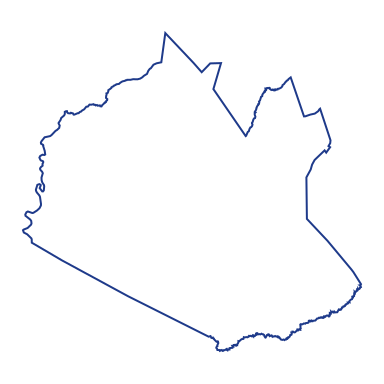 outline of Luanshya, Copperbelt, Zambia
{"feature_id": "96606910B75415616642530", "entity_name": "Luanshya", "entity_type": "district", "adm_level": 2, "iso_a3": "ZMB", "parent_name": "Zambia", "parent_adm1": "Copperbelt", "projection": "natural_earth1", "projection_center": [28.455, -13.074], "detail": "fine", "context": "isolated", "style": "outline", "palette": "blue", "viewbox_px": 384, "rotation_deg": 0, "n_neighbors": 0, "source": "geoboundaries", "source_scale": "gbopen_adm2", "svg_char_len": 5930}
<svg xmlns="http://www.w3.org/2000/svg" viewBox="0 0 384 384"><path d="M55.5,130.9L51.5,135.1L50.1,136.1L44.6,137.3L41.6,141.1L40.9,142.4L41.0,143.7L43.0,144.8L43.3,145.3L43.1,145.8L44.7,150.9L45.2,154.5L44.4,155.0L42.5,154.7L41.2,155.4L40.2,156.0L39.4,157.6L40.3,159.7L41.0,160.5L42.8,161.1L43.2,161.6L43.2,162.5L42.5,163.9L42.6,165.7L40.9,167.1L40.1,168.3L40.1,169.1L40.5,170.0L42.1,171.7L42.8,173.2L41.5,177.6L41.6,180.2L42.3,182.5L44.0,185.1L44.2,186.4L43.8,190.4L43.0,191.4L42.2,191.4L40.3,188.9L39.7,188.1L40.7,185.5L40.6,184.8L39.3,184.1L37.4,184.8L35.9,189.6L36.0,190.7L36.8,192.4L39.4,195.5L40.0,196.9L41.0,204.0L40.9,205.5L39.5,208.2L37.0,210.5L33.4,212.8L32.3,213.0L27.9,211.5L26.5,212.2L25.3,214.5L25.5,215.8L30.2,219.5L31.2,220.9L31.5,223.3L31.1,224.6L27.6,228.0L23.6,229.6L23.0,230.2L23.8,232.5L27.2,234.3L31.4,238.4L31.7,239.3L31.8,242.7L62.0,260.4L128.0,296.2L208.7,336.7L210.5,336.1L211.4,337.9L212.3,338.0L212.9,337.6L213.4,338.5L213.9,338.6L214.0,339.2L216.4,341.6L217.3,342.0L217.7,341.4L218.0,341.5L218.3,343.1L217.4,345.1L217.4,346.0L217.1,346.0L216.3,347.5L216.4,348.1L217.0,348.6L217.4,350.0L219.9,350.1L220.0,350.8L221.8,350.0L222.6,350.9L223.2,350.8L223.6,350.2L224.6,350.2L226.6,349.0L226.9,350.0L227.6,350.4L228.1,349.4L229.5,349.5L229.6,348.1L232.4,347.8L232.5,346.9L233.1,346.8L232.5,345.9L233.1,345.9L233.6,345.0L234.2,344.9L234.5,345.3L235.4,344.9L236.1,345.7L236.7,345.2L237.2,345.2L237.2,344.2L237.9,343.5L238.4,342.1L238.4,341.1L239.2,341.3L241.5,339.2L243.4,338.9L243.8,337.2L244.4,337.4L246.7,337.1L247.5,337.3L248.6,336.7L248.7,336.1L249.0,335.8L249.7,336.1L250.7,335.8L251.9,336.4L252.7,335.4L253.1,335.9L253.1,335.5L253.6,335.3L254.3,336.2L254.8,336.0L254.8,335.5L256.1,335.0L256.0,333.6L256.4,333.2L257.4,333.2L258.0,334.4L259.5,334.1L260.3,334.4L261.5,333.7L262.7,334.4L263.2,334.3L264.1,335.0L264.5,336.4L265.4,337.6L265.7,337.5L266.9,335.1L268.0,335.2L268.1,334.4L268.7,334.3L269.6,335.3L269.8,336.1L271.6,335.4L272.4,336.7L272.9,336.3L273.8,336.6L275.1,336.0L276.2,336.6L277.2,336.3L277.7,337.1L278.5,336.6L279.4,337.4L279.3,338.0L280.3,338.5L280.7,339.4L281.2,339.6L282.4,339.9L283.7,339.5L284.5,340.1L285.7,339.3L286.1,339.4L286.4,338.6L287.2,338.8L287.3,337.8L288.1,337.3L288.5,337.7L289.7,336.6L290.3,334.9L291.4,334.8L291.8,333.7L291.4,332.5L292.0,332.5L292.4,332.1L292.4,331.6L293.1,331.6L293.9,332.3L294.4,332.4L295.2,332.2L296.1,331.2L297.0,330.7L297.3,329.4L297.8,329.4L298.3,330.1L298.7,329.6L300.1,329.8L299.8,329.0L300.7,328.5L300.4,326.8L300.6,325.9L300.2,324.9L300.6,324.2L302.5,324.3L304.0,323.4L305.2,323.7L306.0,323.0L307.9,322.9L308.6,322.4L308.8,320.8L309.2,320.6L310.1,320.7L310.2,321.3L310.6,321.5L311.4,321.2L311.7,320.6L312.7,321.2L313.0,320.8L315.4,320.5L317.1,318.5L317.9,318.5L319.0,317.7L319.3,318.0L320.7,317.7L321.1,317.2L322.2,317.9L322.5,317.9L322.8,317.4L323.3,317.7L323.7,316.9L324.2,317.3L324.5,317.0L324.5,316.4L325.4,316.7L325.7,316.1L326.8,315.5L328.0,315.7L328.0,316.5L328.2,316.0L328.8,316.5L329.2,316.4L329.3,315.3L329.8,315.3L329.8,313.2L330.5,313.5L330.4,312.7L331.4,312.5L331.3,311.9L331.6,312.2L331.8,311.8L332.6,311.6L333.8,312.6L334.4,312.4L334.5,311.8L335.1,312.4L337.3,312.2L338.7,309.6L339.2,310.0L340.5,309.8L340.5,309.3L341.1,309.4L341.9,308.2L341.9,307.5L342.7,307.4L343.4,306.3L344.1,306.5L344.9,306.1L345.0,305.4L345.6,304.5L346.1,304.6L346.3,304.2L347.8,303.5L347.7,302.6L348.4,302.8L348.9,302.0L349.5,302.2L349.3,301.3L350.7,299.7L352.0,299.2L352.4,298.0L352.3,297.0L353.1,297.2L353.2,296.2L354.1,296.0L354.2,293.4L354.9,293.5L354.7,291.9L355.1,292.3L355.7,292.0L356.6,290.5L357.0,290.6L357.1,289.5L357.7,289.8L357.9,288.8L358.2,289.4L359.4,288.9L359.9,288.3L359.9,287.5L360.9,287.1L360.4,285.6L359.8,285.2L360.6,285.0L361.0,284.2L353.4,272.1L351.5,269.6L327.5,240.8L306.9,218.9L306.4,177.4L310.7,169.5L312.1,164.6L314.6,160.0L324.6,150.4L326.2,152.6L330.1,147.2L328.5,146.1L330.2,143.2L330.5,140.3L320.1,108.7L319.4,109.3L318.2,111.2L314.8,113.6L310.3,114.6L305.4,116.3L304.0,116.4L290.7,77.4L288.5,79.1L287.8,80.2L286.6,80.7L286.4,81.4L285.5,82.0L284.1,84.0L282.5,85.2L282.3,86.3L281.3,87.5L279.3,88.6L277.9,88.8L277.6,89.5L275.9,89.4L275.8,90.0L275.1,90.3L274.8,89.8L274.4,90.3L273.9,90.3L273.7,89.8L273.0,89.9L273.1,89.6L272.8,89.5L271.2,89.9L269.7,88.8L269.8,88.1L269.5,87.9L269.1,88.2L268.2,87.9L266.4,88.2L266.0,88.7L265.4,88.6L265.5,89.4L266.1,89.3L266.3,89.7L266.0,90.3L264.8,90.8L264.5,91.3L265.0,91.5L265.0,91.8L263.4,93.1L262.4,94.6L262.2,96.2L261.1,96.8L260.0,100.4L259.0,101.6L259.3,102.6L258.8,104.2L258.2,104.2L258.0,105.3L257.6,105.5L256.7,107.2L256.7,107.8L256.3,108.2L256.3,109.1L256.0,109.9L254.7,112.0L254.7,112.6L255.3,112.7L254.7,113.4L254.7,114.6L255.4,116.7L255.0,118.1L254.2,118.3L253.4,119.4L252.7,121.9L252.0,122.8L252.0,123.6L252.5,124.3L252.2,125.8L251.2,127.2L250.4,127.4L249.5,129.0L248.8,131.3L247.8,131.9L246.1,135.8L245.7,136.1L213.4,89.1L221.0,63.1L210.2,63.4L201.7,72.2L193.6,63.0L165.3,33.1L161.3,62.3L156.6,63.3L153.5,64.7L150.8,68.3L149.8,68.8L148.3,70.8L147.0,73.9L143.9,75.8L142.3,77.3L140.2,78.6L137.5,79.3L133.1,79.2L130.5,79.8L127.1,79.8L126.7,80.2L125.5,80.3L125.0,80.8L122.4,81.4L120.3,82.7L119.0,83.9L116.3,84.3L115.6,85.0L114.1,85.5L113.5,86.3L112.5,86.6L111.4,87.4L111.4,87.9L110.6,88.6L108.3,90.2L108.3,91.4L107.7,92.9L106.4,93.4L106.6,94.7L106.2,95.7L106.0,97.6L106.1,98.1L107.3,99.1L107.1,100.3L106.1,101.1L105.9,102.1L104.9,102.4L104.8,103.0L104.0,103.3L103.4,104.2L102.4,104.9L101.5,106.4L100.3,106.3L99.9,105.4L97.7,105.7L97.0,105.0L95.7,105.4L95.4,104.9L94.1,104.9L93.6,104.2L91.3,104.7L89.5,104.6L87.8,106.6L86.3,106.7L84.2,109.3L81.8,110.7L81.2,111.5L79.8,112.0L78.6,113.2L77.7,113.2L74.4,114.6L73.6,114.6L73.0,113.4L70.9,112.8L70.6,113.3L70.0,113.4L68.1,113.2L67.2,112.4L67.0,111.2L66.1,111.2L64.8,111.8L64.8,114.0L64.2,115.4L61.2,118.0L60.5,120.1L58.6,122.9L58.6,123.5L59.7,125.5L59.2,127.9L57.1,129.9L55.5,130.9Z" fill="none" stroke="#1e3a8a" stroke-width="2"/></svg>